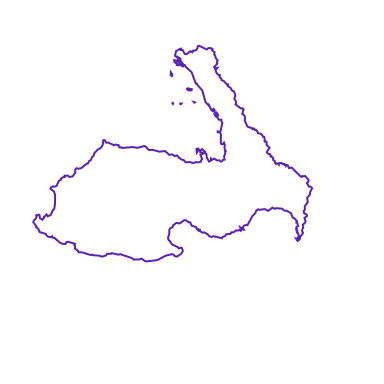 Halmahera Timur, Maluku Utara, Indonesia, rotated 218°
{"feature_id": "22746128B70343351071090", "entity_name": "Halmahera Timur", "entity_type": "district", "adm_level": 2, "iso_a3": "IDN", "parent_name": "Indonesia", "parent_adm1": "Maluku Utara", "projection": "mercator", "projection_center": [128.277, 1.003], "detail": "fine", "context": "isolated", "style": "outline", "palette": "violet", "viewbox_px": 384, "rotation_deg": 218, "n_neighbors": 0, "source": "geoboundaries", "source_scale": "gbopen_adm2", "svg_char_len": 6084}
<svg xmlns="http://www.w3.org/2000/svg" viewBox="0 0 384 384"><g transform="rotate(218 192 192)"><path d="M86.6,244.0L87.7,244.8L90.8,244.4L92.2,245.7L92.2,247.6L94.3,250.1L94.5,255.2L97.7,258.3L97.5,262.6L98.9,264.7L99.6,268.9L101.8,269.2L103.1,268.2L107.0,269.8L106.7,271.6L107.6,273.3L112.8,274.3L113.5,273.1L114.9,272.6L114.8,271.5L115.6,271.1L128.6,272.6L130.4,270.5L132.9,272.0L133.8,271.6L133.9,270.5L134.6,271.1L135.6,270.3L136.4,271.0L137.8,269.7L139.3,270.0L141.1,268.4L140.4,267.0L141.6,267.3L143.0,266.7L143.0,265.9L144.3,266.0L146.0,267.4L147.9,267.3L149.2,268.8L151.1,268.6L151.5,269.1L152.2,268.5L153.5,269.9L156.2,268.9L157.6,269.5L158.1,274.6L162.0,274.9L164.3,277.5L165.4,276.6L166.5,277.0L166.8,278.0L169.0,279.9L169.8,279.3L172.8,280.4L176.5,279.1L178.4,280.2L179.9,280.3L180.8,279.6L182.1,280.2L183.0,278.8L183.6,279.4L187.9,277.8L189.1,277.9L194.6,280.9L195.7,282.9L197.6,284.5L200.4,284.5L202.3,289.0L203.5,289.1L205.0,287.9L211.6,287.8L212.0,289.3L214.1,291.0L216.0,291.5L217.0,294.4L220.6,297.1L223.1,296.6L225.6,297.8L229.3,297.5L230.0,298.9L230.9,298.3L235.2,299.0L237.5,298.4L238.3,299.1L241.2,299.7L242.1,301.3L243.8,300.4L247.2,301.5L248.5,302.8L248.4,305.3L250.0,303.4L251.7,304.3L251.1,306.0L251.3,309.0L252.6,310.0L252.8,311.6L255.8,312.1L257.8,313.9L259.1,314.0L260.3,316.1L263.3,316.0L264.0,317.4L266.1,316.8L267.6,315.6L268.1,313.4L276.5,311.6L277.2,310.3L276.2,308.6L276.1,306.1L278.2,304.0L277.7,302.5L279.3,302.3L279.3,301.7L280.4,301.0L280.6,298.6L281.5,296.9L282.9,296.4L286.7,298.1L288.3,297.0L289.0,298.1L289.5,297.7L291.3,293.2L289.2,288.9L286.6,288.9L286.6,289.5L285.7,289.1L285.2,289.8L283.5,290.0L280.9,287.7L280.1,288.0L277.0,287.0L275.7,287.6L273.7,286.7L266.1,286.2L255.7,279.8L254.7,280.4L253.4,279.6L246.7,278.5L236.7,271.2L231.9,270.4L232.1,270.9L227.0,268.5L225.6,268.6L226.1,270.7L225.1,270.6L224.6,270.0L224.6,269.4L223.2,268.9L222.3,268.7L222.0,269.7L219.9,269.3L218.5,268.5L218.7,267.9L221.6,266.9L219.9,266.2L217.9,266.5L215.5,265.5L213.3,267.0L212.6,266.0L210.7,265.2L207.1,257.8L207.1,256.4L204.7,255.2L199.6,248.5L198.3,247.8L197.3,248.4L197.2,250.6L195.0,249.2L194.0,247.3L191.5,245.0L190.6,245.0L190.6,243.9L189.5,242.9L188.7,239.9L186.3,237.6L187.4,236.3L187.2,235.0L187.9,233.7L190.2,233.7L191.7,232.3L195.2,231.9L195.9,229.8L197.6,230.0L196.5,228.5L197.3,226.5L201.3,228.1L204.3,231.0L206.3,230.3L207.0,231.3L206.8,231.8L210.6,232.0L210.8,229.4L210.1,228.4L208.1,229.3L207.1,228.5L208.3,226.5L204.2,224.1L204.3,222.2L203.7,221.3L205.4,219.1L207.4,217.9L208.8,215.5L211.7,214.5L215.5,211.4L218.2,212.1L220.1,211.2L223.6,211.0L226.2,211.7L227.7,209.6L230.5,209.6L232.8,207.3L238.3,207.7L242.7,203.6L249.0,201.0L251.7,198.7L253.7,198.6L255.6,199.3L257.9,198.9L261.9,193.5L266.7,190.6L274.3,183.6L275.1,183.8L276.3,182.6L277.8,182.7L278.5,183.7L281.6,182.2L282.4,180.8L288.4,179.4L289.9,178.1L292.8,179.1L293.7,178.3L293.1,176.5L292.0,175.9L291.0,172.4L291.1,170.1L292.4,167.5L292.8,162.5L291.8,159.8L292.2,158.4L291.4,154.7L292.1,153.2L291.6,150.2L292.3,149.6L294.0,142.6L295.7,140.5L297.6,139.7L297.9,137.9L295.9,135.4L295.7,130.8L297.9,128.3L299.9,128.5L302.4,126.4L301.6,125.3L302.5,124.7L303.5,121.9L302.9,121.0L303.7,118.7L302.5,113.4L303.4,111.7L305.2,110.6L306.0,108.8L305.4,107.4L301.2,107.5L298.1,105.4L292.4,98.0L290.1,93.7L290.5,92.4L289.2,86.8L290.7,84.0L292.8,84.8L292.9,82.5L293.5,81.4L292.7,80.6L292.8,78.0L293.9,78.2L295.4,77.6L298.2,80.0L300.2,78.6L300.2,77.3L299.4,77.1L298.7,75.5L299.1,72.1L298.4,70.4L293.4,69.1L293.2,68.2L290.1,68.3L287.5,66.6L281.3,69.0L279.5,68.1L277.8,68.2L275.0,69.8L274.9,71.0L273.8,70.3L272.0,71.1L264.4,70.8L262.1,71.5L259.7,73.2L260.0,75.3L258.9,76.6L252.3,79.1L251.9,77.6L250.7,77.4L249.4,75.3L245.7,75.6L244.9,74.8L243.8,75.0L241.6,76.7L232.7,80.1L232.0,81.3L231.1,81.3L225.7,84.8L223.0,85.7L220.7,89.2L220.8,91.0L217.9,93.3L217.8,94.3L211.6,97.2L210.1,98.9L198.8,102.9L196.4,102.8L191.8,106.7L190.7,108.5L187.0,108.6L185.0,109.4L177.4,117.0L173.5,125.7L169.4,130.8L167.6,131.3L166.3,130.8L164.1,131.8L162.4,137.0L162.9,139.9L165.4,141.6L166.1,141.6L167.7,139.5L169.3,139.8L175.2,138.5L177.6,138.9L178.7,139.7L180.6,139.7L182.5,140.9L184.4,145.4L186.5,148.1L186.9,150.1L185.6,152.2L186.4,153.8L185.6,157.4L184.6,158.7L182.8,159.2L182.2,160.0L180.8,165.0L179.5,166.0L176.1,166.1L174.9,167.0L171.5,165.3L167.3,166.8L165.3,165.7L163.1,165.6L163.3,166.4L165.2,166.6L163.2,166.4L162.4,167.0L161.8,166.1L160.5,166.2L158.7,166.4L157.3,167.8L153.5,168.3L151.0,167.8L148.8,168.7L147.9,170.4L140.0,174.0L140.1,175.6L138.8,177.7L139.1,179.5L135.8,183.0L136.2,184.4L134.5,185.7L133.8,188.6L131.9,190.0L131.3,191.4L129.6,191.5L130.2,193.3L130.7,193.4L131.1,192.5L131.3,193.3L132.3,193.9L130.0,194.1L130.4,197.4L128.8,199.7L127.9,200.0L129.6,210.3L129.1,214.5L129.9,216.7L129.2,219.1L127.9,219.4L124.2,223.3L120.3,224.1L119.0,229.2L116.4,229.7L115.8,231.0L110.7,234.3L108.0,234.2L105.4,235.6L100.8,236.2L97.0,233.8L95.2,234.3L91.5,233.7L91.0,232.2L90.3,232.6L87.3,230.4L88.1,229.1L87.5,227.3L86.6,227.4L86.0,225.9L85.0,226.2L84.3,224.6L83.3,224.9L81.2,223.6L80.1,220.8L80.5,220.6L80.1,219.3L80.8,219.2L78.7,218.4L78.0,221.1L79.2,223.1L79.2,228.0L81.4,229.1L82.9,233.1L84.5,234.4L84.0,237.6L84.5,238.9L87.4,240.8L86.6,244.0ZM282.2,283.9L282.0,282.8L280.0,284.1L279.8,285.5L282.4,286.3L284.3,285.7L285.4,286.0L287.2,284.9L285.6,283.5L282.2,283.9ZM255.5,272.9L259.3,271.0L259.4,270.1L257.8,269.8L255.6,271.2L255.0,271.9L255.5,272.9ZM212.5,226.1L212.8,229.7L213.8,230.1L215.0,228.7L212.5,226.1ZM280.6,270.8L279.2,271.1L279.7,272.4L282.3,273.3L280.6,270.8ZM278.3,285.1L276.4,285.2L276.2,285.6L276.6,286.3L278.7,286.6L278.3,285.1ZM284.6,286.8L282.8,287.2L283.0,287.9L284.3,287.7L284.6,286.8ZM129.0,193.6L127.9,194.2L129.3,194.9L129.9,194.4L129.0,193.6ZM254.8,255.2L256.0,254.2L256.3,253.9L254.8,254.4L254.8,255.2ZM208.6,254.9L208.0,255.2L207.8,256.0L209.1,255.6L208.6,254.9ZM262.0,250.4L262.1,249.9L261.2,249.6L261.2,250.0L262.0,250.4ZM224.8,269.8L225.7,269.6L225.1,269.1L224.8,269.8ZM245.9,264.0L245.2,263.8L245.0,264.3L245.9,264.0Z" fill="none" stroke="#5b21b6" stroke-width="2"/></g></svg>